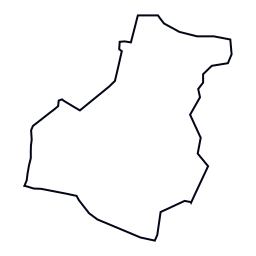 Um Rimta, White Nile, Sudan (Albers equal-area conic projection)
{"feature_id": "16777658B63870425694852", "entity_name": "Um Rimta", "entity_type": "district", "adm_level": 2, "iso_a3": "SDN", "parent_name": "Sudan", "parent_adm1": "White Nile", "projection": "albers", "projection_center": [31.887, 14.607], "detail": "fine", "context": "isolated", "style": "outline", "palette": "ink", "viewbox_px": 256, "rotation_deg": 0, "n_neighbors": 0, "source": "geoboundaries", "source_scale": "gbopen_adm2", "svg_char_len": 1086}
<svg xmlns="http://www.w3.org/2000/svg" viewBox="0 0 256 256"><path d="M191.1,202.6L195.9,192.2L200.5,182.4L208.1,166.2L197.7,153.6L200.7,137.8L194.9,125.2L190.1,114.7L200.0,97.3L198.2,89.0L203.1,82.6L203.1,74.2L211.8,65.8L227.9,63.2L231.6,54.3L230.3,39.5L213.6,36.3L196.9,36.3L179.4,31.9L172.3,28.0L164.0,23.5L159.7,17.9L158.0,15.4L149.5,15.4L141.3,15.4L137.9,15.4L137.8,15.6L136.9,19.0L135.1,26.2L130.9,42.4L124.6,41.4L119.7,41.8L119.6,43.5L119.2,48.8L119.2,49.2L121.6,51.1L121.8,51.2L119.7,60.4L117.7,69.2L114.9,81.0L109.3,86.4L108.5,87.1L106.6,88.6L104.7,90.2L99.4,94.5L89.2,102.8L79.9,110.4L74.4,107.2L67.1,102.8L64.8,101.4L63.5,100.6L62.0,99.4L58.7,100.6L58.1,106.2L53.6,109.9L51.1,111.8L47.6,114.5L32.9,126.0L31.1,130.3L31.7,139.9L31.4,142.1L30.9,145.9L30.9,147.7L30.8,150.8L30.8,158.1L28.9,165.8L28.4,168.9L27.6,173.2L26.7,180.4L24.4,185.9L26.1,186.2L33.6,188.5L35.0,188.6L40.9,188.8L66.4,193.7L76.6,195.9L78.9,200.2L89.1,213.3L97.5,219.5L140.5,237.5L154.8,240.6L157.3,234.9L160.6,212.0L184.6,200.9L190.9,202.1L191.1,202.6Z" fill="none" stroke="#020617" stroke-width="2"/></svg>